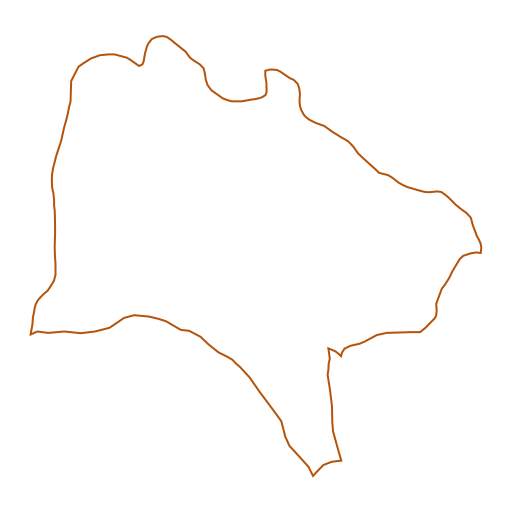 Tsholingkhor, Chirang, Bhutan
{"feature_id": "84629894B5121542425285", "entity_name": "Tsholingkhor", "entity_type": "district", "adm_level": 2, "iso_a3": "BTN", "parent_name": "Bhutan", "parent_adm1": "Chirang", "projection": "mercator", "projection_center": [90.093, 27.012], "detail": "fine", "context": "isolated", "style": "outline", "palette": "amber", "viewbox_px": 512, "rotation_deg": 0, "n_neighbors": 0, "source": "geoboundaries", "source_scale": "gbopen_adm2", "svg_char_len": 2559}
<svg xmlns="http://www.w3.org/2000/svg" viewBox="0 0 512 512"><path d="M265.3,70.8L265.3,76.0L266.4,82.6L266.6,92.0L265.6,94.9L262.7,96.9L259.9,98.0L255.4,99.1L251.2,99.6L241.9,101.3L231.7,101.3L228.4,100.4L223.0,98.5L211.3,90.2L207.6,85.1L205.8,79.9L204.9,73.5L203.6,68.3L199.5,64.1L193.8,60.6L190.1,57.8L185.5,51.6L174.4,42.7L172.0,40.6L167.0,37.0L163.2,36.1L160.2,36.4L156.9,36.8L151.9,39.0L148.6,43.2L146.9,46.5L145.1,53.0L143.6,61.6L142.4,64.4L139.1,66.0L133.4,62.0L130.8,60.1L126.9,57.7L114.5,54.4L108.6,54.4L100.0,55.2L91.1,58.4L83.5,63.2L78.5,66.7L71.2,81.0L70.5,101.9L69.1,106.8L67.9,113.3L66.4,119.5L64.3,126.8L62.9,133.0L61.3,140.3L58.2,149.8L56.1,156.3L54.9,161.2L53.2,167.7L52.0,174.9L51.8,181.0L52.2,187.8L53.4,193.4L54.1,199.9L54.1,205.5L54.7,210.6L54.9,215.8L55.1,228.3L55.1,234.1L54.9,239.1L54.7,246.4L54.9,255.1L55.5,263.8L55.5,270.4L55.5,275.0L53.9,280.8L51.4,285.0L47.7,290.6L43.6,294.1L40.5,297.2L38.0,300.1L35.7,304.3L34.7,308.0L33.9,312.8L32.9,317.6L32.5,324.0L31.2,331.1L30.7,334.5L37.3,331.5L48.1,332.9L64.4,331.5L80.7,333.2L94.9,331.5L109.5,327.8L124.1,317.9L134.3,315.2L149.2,316.6L159.0,319.0L166.1,321.3L173.5,325.6L180.9,329.9L189.1,330.8L200.4,336.7L208.4,344.3L218.4,352.3L226.8,356.5L232.2,359.6L236.4,363.9L239.7,366.7L249.5,377.3L260.0,392.4L269.9,405.6L274.8,412.2L281.3,421.2L285.3,436.7L287.0,440.4L289.4,445.8L300.3,457.7L308.5,466.8L313.0,475.9L318.0,470.5L323.4,465.0L331.6,461.8L341.3,460.6L339.3,453.9L336.8,444.9L333.1,431.6L332.3,422.3L332.0,406.5L330.1,390.7L327.6,374.6L328.4,369.8L328.7,363.4L329.8,358.8L328.4,348.4L332.1,349.9L335.3,351.3L338.4,353.6L341.0,356.2L342.0,352.6L344.5,348.7L350.4,345.8L359.7,343.7L365.0,341.4L376.9,335.0L386.6,332.9L412.0,332.1L420.2,332.1L422.7,330.0L425.6,327.7L431.1,322.0L434.5,318.6L436.1,315.8L436.7,310.6L436.2,303.8L437.8,299.5L441.8,288.7L444.9,284.7L449.0,278.3L452.6,270.9L459.7,259.1L463.2,255.8L470.5,253.4L475.8,252.5L480.8,252.9L481.3,247.6L480.7,243.8L479.0,239.8L476.9,236.1L473.1,226.0L472.1,222.6L470.9,217.8L466.5,213.0L460.8,208.9L455.7,204.7L449.1,198.1L446.8,196.0L444.4,194.2L441.4,192.0L437.4,191.4L430.6,192.1L425.7,192.1L420.9,191.0L407.4,187.1L402.6,184.9L398.4,182.5L392.3,177.7L388.0,175.1L379.1,172.9L376.2,170.0L362.8,157.9L358.0,153.3L353.5,146.9L348.6,141.7L344.9,139.3L342.1,137.9L332.1,131.6L324.1,125.9L315.6,122.9L309.5,119.8L306.0,117.2L304.0,115.0L301.4,110.4L300.1,106.5L299.5,101.6L299.9,93.7L299.2,88.3L297.7,83.9L293.8,79.9L289.9,78.2L280.3,71.6L276.8,69.9L269.9,69.5L265.3,70.8Z" fill="none" stroke="#b45309" stroke-width="2"/></svg>